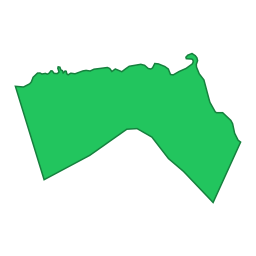 Djibouti, Arta, Djibouti
{"feature_id": "41766387B83981523687012", "entity_name": "Djibouti", "entity_type": "district", "adm_level": 2, "iso_a3": "DJI", "parent_name": "Djibouti", "parent_adm1": "Arta", "projection": "equal_earth", "projection_center": [43.007, 11.493], "detail": "fine", "context": "isolated", "style": "filled", "palette": "green", "viewbox_px": 256, "rotation_deg": 0, "n_neighbors": 0, "source": "geoboundaries", "source_scale": "gbopen_adm2", "svg_char_len": 1103}
<svg xmlns="http://www.w3.org/2000/svg" viewBox="0 0 256 256"><path d="M15.4,86.3L44.1,179.7L89.8,155.3L126.8,129.2L137.1,128.6L151.9,137.1L168.5,158.6L183.5,171.4L213.1,202.5L240.6,142.1L238.1,140.2L234.6,133.2L232.6,123.7L230.9,120.5L222.7,112.7L216.5,112.7L215.2,111.8L209.9,102.3L209.0,99.1L203.9,79.9L199.2,73.8L196.5,67.1L196.3,64.4L197.6,60.6L196.9,57.8L195.3,55.7L192.0,53.5L187.7,55.2L187.2,55.8L185.9,57.2L186.3,58.7L191.9,59.1L193.0,60.2L193.2,62.1L193.0,62.5L192.1,64.1L186.1,68.4L179.1,71.5L173.2,74.9L170.5,74.5L168.3,69.0L164.8,66.5L158.4,63.9L154.8,63.5L152.5,68.0L150.7,69.0L148.2,68.5L144.6,65.3L140.8,64.3L131.9,65.8L129.2,66.3L125.9,68.6L121.8,71.7L115.3,69.0L111.9,71.5L109.7,68.5L107.4,67.5L97.2,68.8L94.0,69.2L90.1,71.0L86.1,70.4L83.0,70.9L75.0,73.8L70.8,73.2L68.1,74.8L66.8,73.8L66.2,71.3L65.1,71.0L63.2,72.9L62.4,70.6L60.9,70.0L59.9,67.2L58.2,66.8L57.8,68.2L59.0,72.0L57.3,73.6L54.1,73.4L52.3,71.0L51.0,70.8L48.9,73.4L47.2,74.2L45.5,73.4L41.9,74.0L40.0,73.0L37.5,73.1L33.1,77.3L31.3,82.0L29.7,83.8L23.5,87.0L15.4,86.3Z" fill="#22c55e" stroke="#15803d" stroke-width="1.5"/></svg>